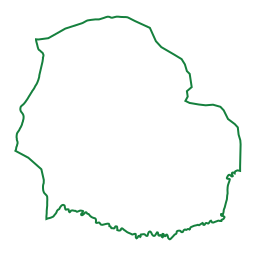 outline of Juban, Al Dali', Yemen
{"feature_id": "15242507B54497479807016", "entity_name": "Juban", "entity_type": "district", "adm_level": 2, "iso_a3": "YEM", "parent_name": "Yemen", "parent_adm1": "Al Dali'", "projection": "albers", "projection_center": [44.946, 14.052], "detail": "fine", "context": "isolated", "style": "outline", "palette": "green", "viewbox_px": 256, "rotation_deg": 0, "n_neighbors": 0, "source": "geoboundaries", "source_scale": "gbopen_adm2", "svg_char_len": 5852}
<svg xmlns="http://www.w3.org/2000/svg" viewBox="0 0 256 256"><path d="M234.8,124.1L228.0,119.0L223.7,110.3L220.4,106.8L213.0,104.7L205.7,105.3L198.8,104.5L190.6,103.1L189.7,103.0L185.4,100.9L187.7,96.6L186.9,91.2L191.7,87.1L189.7,73.9L186.9,71.1L184.9,64.4L181.6,59.1L174.0,54.5L161.3,47.1L155.9,41.2L149.9,27.9L134.9,21.0L128.4,17.7L127.5,17.3L126.0,17.1L121.8,17.0L120.4,16.9L118.4,16.7L116.4,16.7L115.0,17.0L112.3,17.7L111.7,17.7L111.0,17.6L109.7,17.0L109.0,16.8L107.8,16.7L107.2,16.8L105.8,17.2L103.9,17.9L99.4,19.3L98.7,19.4L95.3,19.4L91.0,19.9L88.4,20.3L87.7,20.4L86.6,20.8L83.0,22.8L81.8,23.3L65.3,28.6L48.3,38.2L38.4,39.5L37.1,39.4L36.0,39.3L36.0,39.9L36.4,41.9L37.1,44.4L37.7,47.0L38.3,48.9L38.6,49.4L39.1,50.0L39.7,50.4L40.2,50.7L41.0,51.6L42.6,52.9L43.4,54.7L43.5,55.3L43.4,56.0L43.1,57.2L42.9,57.6L43.0,58.2L42.5,61.7L39.3,75.4L39.3,76.0L39.1,77.3L38.3,80.0L37.3,82.6L36.4,84.4L35.5,85.7L34.1,88.4L33.3,89.6L32.2,91.1L31.5,92.4L31.1,92.9L30.0,94.8L29.2,96.0L27.8,98.4L26.9,99.8L26.2,100.7L25.8,101.4L24.0,103.7L22.4,105.2L21.8,105.6L20.9,106.6L20.6,107.2L20.4,108.4L20.3,109.1L20.4,109.7L20.5,110.3L20.7,110.9L21.0,111.6L21.9,112.7L23.0,114.3L23.2,114.8L23.6,116.2L23.6,117.5L23.5,118.9L23.0,120.7L22.9,121.5L22.4,122.7L21.9,124.7L20.8,127.1L20.0,128.4L19.4,129.7L19.1,130.3L17.4,132.7L16.9,133.9L16.7,135.3L16.6,136.1L16.6,137.7L16.8,138.3L16.8,139.6L17.0,140.4L17.5,141.7L17.6,143.0L17.5,143.6L17.1,144.9L17.0,145.6L16.5,146.8L16.3,147.4L16.1,148.8L16.0,149.4L15.4,150.8L17.6,152.0L28.4,157.8L41.2,169.1L41.4,169.4L43.8,180.0L43.7,183.1L43.4,184.0L43.1,185.2L43.0,186.5L43.0,188.0L43.2,190.3L43.6,191.6L43.9,192.4L44.2,192.9L44.6,193.4L45.5,194.3L46.6,195.5L47.0,196.2L47.2,196.9L47.3,199.8L47.2,202.1L47.2,205.6L47.0,207.5L46.7,211.0L46.7,213.1L46.4,216.5L46.4,219.0L47.9,218.4L50.1,217.9L51.5,217.4L52.5,216.9L53.2,216.6L53.7,216.1L54.4,215.1L55.2,214.2L56.2,212.9L56.5,212.3L56.9,211.1L57.3,210.5L58.2,209.6L58.7,209.4L59.3,209.0L60.1,207.3L60.9,206.3L61.3,205.8L61.9,205.3L62.5,205.0L63.2,204.9L63.8,205.1L64.4,205.4L64.7,206.0L64.8,206.5L64.8,207.1L65.4,209.3L66.0,209.7L66.6,209.4L67.9,209.3L68.5,209.4L68.7,210.0L68.9,211.3L69.2,211.9L69.7,212.2L70.2,211.8L71.0,210.7L71.7,210.5L72.3,210.4L73.0,210.5L74.9,210.9L75.6,210.9L76.7,211.7L77.3,211.7L78.6,211.2L80.1,210.6L80.7,210.6L81.6,210.7L82.9,211.0L83.0,211.6L82.3,212.8L81.3,213.8L81.1,214.4L81.3,215.0L81.8,215.2L82.5,215.1L83.1,214.6L84.5,213.4L85.2,212.4L85.9,212.3L86.4,212.4L87.2,213.6L87.9,213.9L88.5,214.0L89.0,214.4L89.8,215.6L90.9,216.5L91.4,217.0L93.2,217.8L95.0,218.3L95.5,218.7L95.8,219.3L96.0,220.0L95.9,222.5L96.4,222.9L97.0,222.9L99.0,222.5L99.6,222.9L100.4,224.0L100.8,224.5L101.4,224.7L102.0,224.8L102.6,224.8L106.2,223.9L107.5,223.7L108.1,223.7L108.8,223.8L109.1,224.3L109.3,224.9L109.4,226.2L110.1,226.3L110.6,226.6L111.0,227.7L111.6,228.2L112.8,228.2L113.4,228.4L114.0,228.4L114.5,228.2L114.7,227.6L115.1,226.9L115.5,226.4L116.1,226.4L116.7,226.4L117.1,226.9L117.2,227.5L117.3,229.5L117.3,230.1L118.0,230.3L118.6,230.5L119.8,230.5L120.4,230.3L120.9,229.6L121.1,228.9L121.6,228.4L122.2,228.4L122.7,228.7L124.4,230.2L125.0,230.5L125.5,230.9L127.1,232.1L128.3,232.7L129.5,233.2L131.3,234.0L131.9,234.4L132.5,234.5L133.8,234.1L135.0,233.8L135.6,234.0L135.8,234.8L135.8,237.3L136.1,237.9L136.5,238.3L137.1,238.0L137.5,237.6L138.5,236.0L139.2,235.9L140.2,236.9L140.6,236.5L140.6,235.1L140.9,234.5L141.7,234.4L142.3,234.4L143.0,234.2L143.9,234.2L144.6,234.3L146.0,235.6L146.7,235.9L147.4,235.8L147.7,235.2L148.0,233.9L148.5,232.7L148.8,232.1L149.5,231.6L150.0,231.5L150.6,231.8L151.4,233.0L152.0,234.3L152.5,235.0L153.1,235.6L153.7,235.9L154.3,235.9L154.9,235.6L155.6,234.6L156.3,233.5L157.0,232.4L157.6,232.4L158.0,233.0L158.3,234.9L158.6,235.4L159.2,235.7L160.2,235.0L160.9,235.3L161.5,236.4L162.0,237.0L162.6,237.3L163.0,236.8L162.9,236.2L162.5,235.0L162.3,234.3L162.7,233.9L163.4,234.0L163.9,234.8L164.5,235.9L165.0,236.2L165.6,236.0L166.1,234.8L166.8,234.6L167.3,235.1L167.6,235.6L168.1,237.6L168.3,238.1L168.7,238.6L169.2,239.0L169.8,239.3L170.3,239.1L170.8,238.7L173.3,236.1L174.6,234.6L175.4,234.2L176.0,233.9L176.4,233.4L176.6,232.8L176.6,232.2L176.8,231.6L177.3,231.0L178.0,230.8L178.6,230.7L179.8,230.7L180.5,230.9L180.9,231.6L181.4,232.0L182.0,232.2L182.6,232.0L183.0,231.7L183.5,230.5L184.0,230.0L184.5,229.7L185.1,229.5L185.6,229.8L186.3,229.9L186.9,229.6L187.4,229.2L188.1,229.0L188.8,229.2L189.5,229.5L190.0,229.0L190.3,227.8L190.7,227.3L191.2,227.0L194.3,225.7L194.9,225.6L196.6,225.2L197.3,225.0L197.9,224.8L198.5,225.1L199.1,225.2L202.0,223.3L202.6,223.0L203.0,223.5L203.1,224.1L203.3,224.7L203.9,224.9L204.5,224.8L204.9,224.3L205.2,223.7L205.6,223.2L206.4,223.0L207.1,223.2L207.6,223.4L208.3,223.5L208.8,223.1L210.0,221.4L210.4,220.9L211.0,220.7L211.4,221.3L211.7,221.8L212.1,222.4L212.7,222.5L213.5,222.5L214.7,222.0L215.7,221.6L216.4,221.4L217.6,220.9L218.2,220.7L218.9,220.7L219.4,220.9L220.7,221.0L221.4,221.0L221.6,220.4L221.6,219.8L223.1,219.2L223.6,218.8L224.3,217.7L224.5,217.1L224.1,216.6L223.5,216.2L222.9,216.0L222.2,215.9L221.6,215.8L221.1,215.3L221.0,214.7L221.1,214.1L221.7,214.0L222.3,214.3L222.9,214.4L223.1,213.8L223.6,211.8L223.7,210.4L224.0,209.2L224.7,207.5L226.1,202.0L226.7,200.0L226.9,199.2L227.2,195.5L227.6,193.4L227.5,190.2L227.5,189.0L227.6,188.3L227.6,187.5L227.9,185.5L228.1,184.8L228.9,182.4L229.2,181.7L229.7,179.9L229.8,179.3L229.2,178.9L227.3,178.7L226.9,178.3L226.9,177.7L227.9,175.8L228.3,175.3L228.8,174.9L229.5,174.8L230.1,175.1L230.6,175.4L231.0,175.9L232.0,176.5L232.7,176.2L232.7,175.6L232.1,174.5L231.9,173.8L231.9,173.2L232.3,172.7L233.0,172.5L233.7,172.7L234.2,173.1L234.7,173.4L234.8,172.8L234.7,172.2L235.1,171.7L235.5,171.2L236.7,170.7L237.2,170.4L237.8,170.4L240.1,170.9L240.1,166.5L240.6,144.3L240.3,140.3L238.6,134.6L237.8,127.4L234.8,124.1Z" fill="none" stroke="#15803d" stroke-width="2"/></svg>